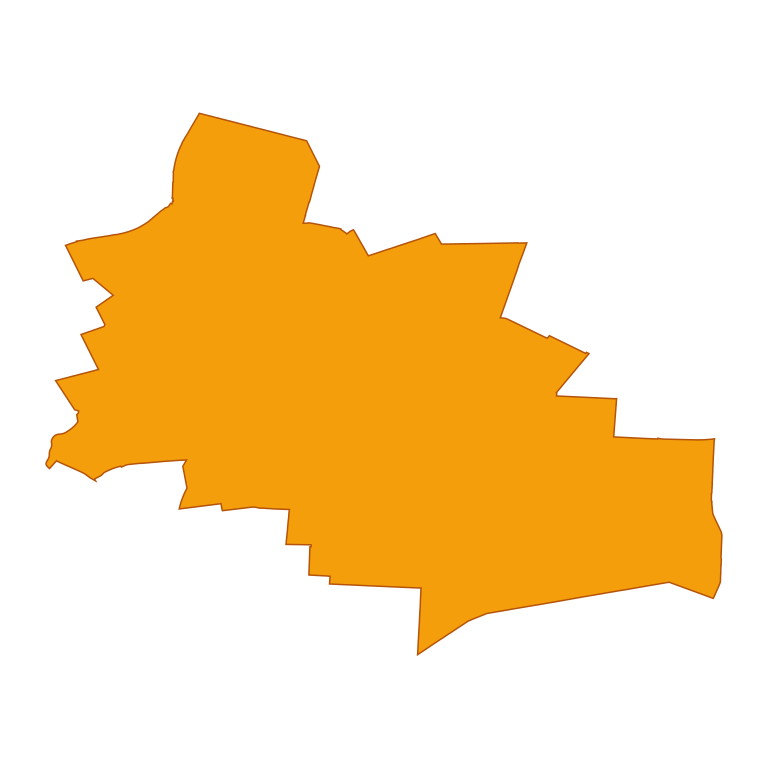 Hoogeveen, Drenthe, Netherlands
{"feature_id": "6326949B96406683138196", "entity_name": "Hoogeveen", "entity_type": "district", "adm_level": 2, "iso_a3": "NLD", "parent_name": "Netherlands", "parent_adm1": "Drenthe", "projection": "equal_earth", "projection_center": [6.501, 52.728], "detail": "fine", "context": "isolated", "style": "filled", "palette": "amber", "viewbox_px": 768, "rotation_deg": 0, "n_neighbors": 0, "source": "geoboundaries", "source_scale": "gbopen_adm2", "svg_char_len": 5787}
<svg xmlns="http://www.w3.org/2000/svg" viewBox="0 0 768 768"><path d="M589.0,353.6L586.5,352.3L585.6,353.4L549.4,335.7L547.5,338.0L547.3,338.1L547.2,338.2L546.8,338.1L535.2,332.5L508.1,319.4L506.9,318.9L506.6,318.7L506.0,318.5L505.0,318.3L504.5,318.2L500.3,317.8L513.4,280.7L517.3,269.5L519.1,263.7L521.6,257.2L524.0,250.7L526.8,242.9L518.4,243.1L518.1,243.0L518.0,242.9L483.5,243.5L441.5,244.1L435.2,233.5L415.8,240.2L415.0,240.4L412.6,241.2L368.4,255.8L367.0,253.5L365.5,250.7L364.5,249.1L364.4,248.8L360.4,241.9L359.5,240.2L357.1,236.0L356.9,235.6L354.1,230.8L353.8,230.3L353.3,229.8L350.5,231.1L350.2,231.3L346.8,233.9L346.7,233.6L343.3,231.2L341.3,229.8L340.8,229.4L340.9,229.0L340.6,228.9L340.3,228.8L337.8,228.2L333.0,227.4L330.4,226.8L325.5,225.9L322.5,225.3L322.2,225.2L310.6,223.0L309.9,223.0L309.0,222.9L307.3,223.1L304.2,223.2L303.2,223.2L305.3,216.0L305.5,215.5L305.2,215.5L308.4,204.5L309.1,202.1L309.4,202.1L310.2,199.6L311.6,194.0L313.2,188.5L314.9,182.1L319.5,166.4L306.6,140.8L199.3,113.3L198.6,114.6L197.6,116.4L191.3,127.1L186.8,134.9L185.6,136.7L182.4,142.2L181.5,144.5L180.4,146.7L179.4,149.0L178.5,151.3L177.7,153.6L176.9,155.8L176.3,158.0L175.5,160.9L175.0,163.0L174.6,165.1L174.1,167.7L173.8,170.0L173.5,171.0L173.4,171.3L173.2,171.5L173.4,173.5L173.3,175.6L173.3,177.7L173.3,181.8L172.9,182.0L172.8,183.4L172.4,197.3L172.4,197.5L172.0,197.9L172.5,198.6L173.1,198.6L173.0,199.7L172.9,200.4L172.8,201.2L173.3,201.2L173.2,201.5L172.5,201.6L171.9,203.9L171.7,203.7L170.5,203.4L169.7,204.7L169.3,205.4L168.6,206.2L168.2,206.7L167.6,207.0L167.3,207.2L166.7,207.5L166.4,207.6L164.9,208.0L164.2,208.7L162.8,209.7L161.8,210.4L160.9,211.0L150.9,219.5L149.5,220.7L148.0,221.9L146.4,223.0L144.9,224.0L143.2,225.0L140.1,226.8L138.2,227.8L136.4,228.6L134.5,229.4L132.6,230.2L130.6,230.9L128.7,231.6L126.6,232.2L124.6,232.8L122.5,233.3L119.3,234.0L117.0,234.5L115.4,234.6L112.6,235.0L111.5,235.2L110.7,235.5L108.5,235.8L108.1,235.9L103.8,236.5L103.5,236.6L93.9,238.0L90.9,238.5L88.1,239.0L85.5,239.6L83.3,240.1L80.5,240.6L76.6,241.1L76.9,241.7L74.1,242.5L70.3,243.7L67.8,244.6L65.5,245.4L66.0,246.3L83.2,280.9L92.9,278.4L113.2,295.3L96.1,307.2L98.4,311.7L104.8,324.4L104.4,325.6L104.0,326.5L81.0,334.5L98.5,369.5L55.6,380.6L74.3,409.2L74.6,409.7L78.7,411.0L78.2,413.2L76.7,414.7L77.9,421.9L75.8,424.4L74.9,425.4L74.1,426.2L72.2,427.9L70.2,429.5L68.7,430.5L67.5,431.3L65.5,432.6L65.1,432.7L64.8,432.9L64.1,433.2L63.2,433.5L62.4,433.7L61.4,433.9L58.7,434.2L58.2,434.3L57.5,434.4L56.9,434.6L55.7,435.1L54.7,435.7L54.1,436.2L53.6,436.7L53.3,437.0L52.8,437.8L52.4,438.5L52.1,438.9L51.8,439.7L51.6,440.2L51.5,440.6L51.4,441.6L51.4,442.1L51.4,442.4L51.5,442.8L51.7,444.1L51.7,444.4L51.7,445.2L51.6,445.9L51.5,446.6L51.3,447.3L51.0,448.0L50.1,449.8L49.8,450.6L49.7,450.9L49.5,451.7L49.4,452.5L49.3,453.3L49.3,453.5L49.3,455.0L49.3,455.7L49.2,456.1L49.1,456.8L49.0,457.1L48.6,458.2L47.9,459.5L47.7,459.7L46.6,461.8L46.4,462.1L46.3,462.4L46.1,463.1L46.1,463.7L46.1,464.0L46.1,464.3L46.3,464.9L46.4,465.2L46.6,465.5L46.8,465.8L47.0,466.1L47.6,466.7L47.9,467.1L49.5,468.6L56.6,460.7L57.3,461.2L59.2,462.2L60.8,462.9L65.7,465.1L74.6,469.0L77.7,470.4L81.5,472.1L83.8,473.3L85.3,474.2L89.3,477.2L90.4,478.0L92.9,479.4L95.6,480.9L95.3,480.3L94.3,479.6L94.4,479.3L94.6,479.1L95.6,478.4L98.5,476.9L99.3,476.5L100.0,476.1L100.7,475.7L101.4,475.2L102.6,474.1L103.3,473.4L104.0,472.7L105.7,471.7L108.1,470.6L112.9,468.5L113.8,468.2L117.2,467.1L120.6,466.2L121.3,467.1L126.2,465.0L126.5,464.9L129.3,464.4L140.3,463.3L141.2,463.3L142.2,463.2L142.2,463.3L156.1,462.1L162.7,461.5L177.9,460.4L180.6,460.3L186.5,460.0L182.8,466.4L184.1,472.9L187.0,488.1L186.3,489.5L185.7,490.7L185.0,492.0L184.5,493.1L183.4,495.7L182.3,498.5L181.5,500.7L181.0,502.1L180.6,503.5L180.2,505.0L179.6,507.1L179.2,509.0L181.9,508.6L193.9,507.1L221.0,503.7L221.4,506.0L221.9,508.7L222.4,510.7L247.3,507.7L251.3,507.2L252.1,507.1L252.9,507.1L254.0,507.1L256.1,507.4L259.2,508.0L260.5,508.2L263.6,508.2L267.6,508.5L270.0,508.6L273.8,508.9L289.4,509.5L288.9,513.5L288.7,517.1L288.3,520.3L287.8,525.7L287.6,527.8L287.4,530.9L286.7,537.3L286.0,544.4L311.1,544.8L311.1,546.8L309.9,546.8L309.3,563.4L308.9,575.0L327.1,576.0L330.1,576.3L329.5,584.0L337.0,584.3L337.8,584.4L354.9,585.1L362.7,585.5L412.0,587.7L421.1,588.0L420.9,590.0L420.8,593.2L420.6,596.9L420.5,599.0L420.2,607.0L419.8,613.0L419.4,621.8L418.6,635.7L417.6,654.7L436.8,641.8L438.8,640.5L468.0,621.2L470.9,620.0L470.9,619.9L486.8,613.5L516.4,608.4L543.2,603.9L566.1,599.9L581.3,597.2L617.4,591.0L625.1,589.8L639.9,587.2L669.1,582.2L713.2,598.4L713.5,598.0L714.2,596.5L715.4,593.7L717.1,589.9L717.2,589.7L719.5,584.4L719.6,584.1L720.1,582.8L720.3,581.7L720.4,581.2L720.5,580.3L720.5,577.4L720.7,574.3L720.9,565.4L721.1,565.4L721.1,564.1L721.1,563.7L721.3,560.7L721.3,560.4L721.3,559.5L721.3,559.3L721.3,558.9L721.1,558.1L721.0,557.5L721.0,556.4L721.1,555.6L721.4,547.9L721.9,535.1L721.6,533.9L721.5,533.0L721.3,532.3L721.0,531.5L715.0,518.8L713.2,514.8L713.1,514.5L712.8,513.5L712.7,512.8L712.6,511.8L712.3,508.8L711.7,502.3L711.9,502.3L711.8,501.3L711.5,501.3L711.4,499.9L711.3,499.2L711.4,496.7L711.5,494.0L711.3,493.9L711.6,493.4L711.8,493.1L711.9,490.5L712.1,487.1L712.3,483.8L712.2,483.8L712.8,470.6L712.7,470.6L713.1,463.3L713.2,460.7L713.2,460.3L713.3,457.6L713.4,456.3L714.0,444.3L714.2,440.3L714.4,440.0L714.5,439.8L714.5,438.8L710.4,439.3L708.2,439.5L706.1,439.6L703.9,439.8L701.7,439.8L699.5,439.9L697.1,439.9L680.2,439.5L664.1,439.1L662.8,439.0L661.3,438.9L659.6,438.6L657.8,438.3L657.7,439.0L655.6,438.9L647.7,438.6L647.4,438.6L613.7,436.9L614.7,423.6L616.6,398.6L615.0,398.7L613.9,398.7L595.7,397.8L574.5,396.8L564.0,396.3L556.5,396.0L556.8,392.8L556.8,392.3L556.7,392.3L563.9,383.6L589.0,353.6Z" fill="#f59e0b" stroke="#b45309" stroke-width="1.5"/></svg>